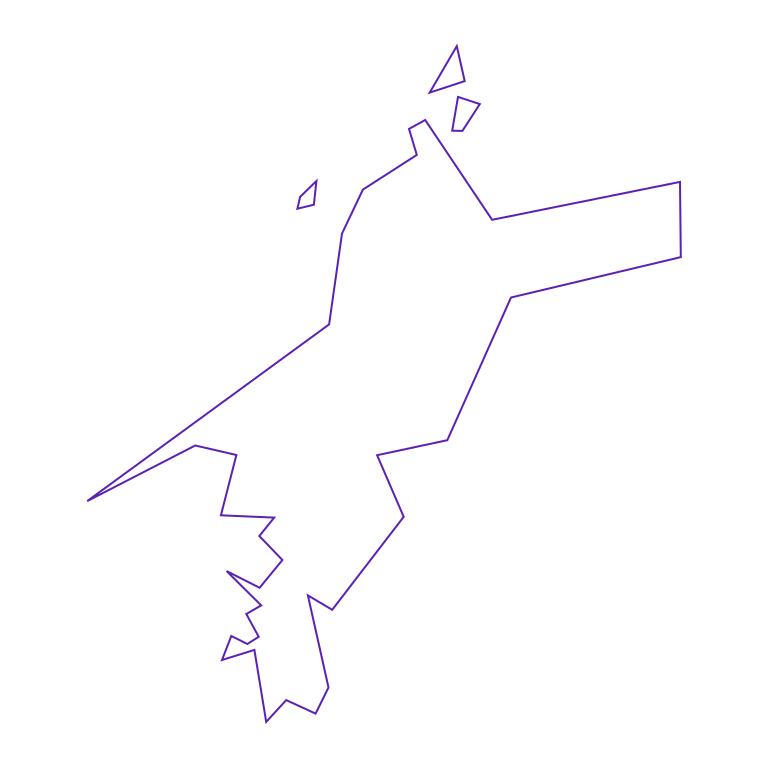 the border of Ehime
{"feature_id": "JPN-1832", "entity_name": "Ehime", "entity_type": "Prefecture", "adm_level": 1, "iso_a3": "JPN", "parent_name": "Japan", "parent_adm1": "", "projection": "equal_earth", "projection_center": [132.746, 33.592], "detail": "coarse", "context": "isolated", "style": "outline", "palette": "violet", "viewbox_px": 768, "rotation_deg": 0, "n_neighbors": 0, "source": "natural_earth", "source_scale": "10m", "svg_char_len": 724}
<svg xmlns="http://www.w3.org/2000/svg" viewBox="0 0 768 768"><path d="M315.6,713.6L286.2,700.1L266.2,721.9L254.4,649.9L222.0,660.0L231.3,636.0L247.3,644.0L258.7,636.8L246.3,614.0L261.2,605.4L226.6,571.1L259.6,587.8L282.4,560.0L259.3,536.0L274.2,517.6L220.9,515.3L236.4,455.0L195.2,445.5L87.2,501.1L329.1,324.4L342.0,233.6L362.9,189.6L416.8,154.9L409.0,128.9L425.2,120.0L492.1,219.8L680.0,181.9L680.8,257.1L511.0,297.5L447.3,440.2L377.1,455.2L403.7,516.8L332.2,609.8L307.9,595.4L328.5,687.5L315.6,713.6ZM464.7,81.1L429.7,92.6L456.8,46.1L464.7,81.1ZM479.8,104.1L462.4,130.9L452.2,130.7L458.0,96.9L479.8,104.1ZM316.4,181.0L313.9,204.7L297.4,208.7L300.1,196.9L316.4,181.0Z" fill="none" stroke="#5b21b6" stroke-width="2"/></svg>